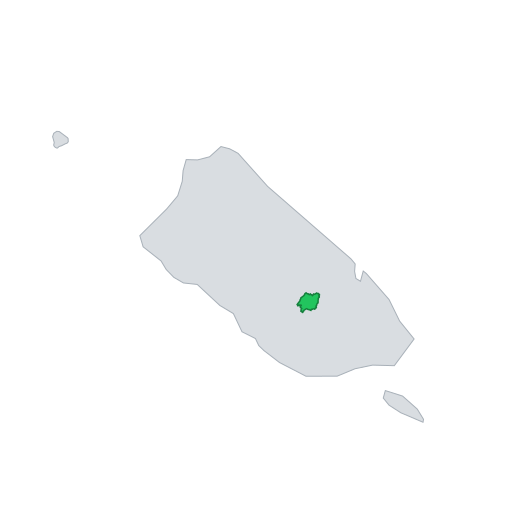 Comerío, Puerto Rico (highlighted), rotated 39°
{"feature_id": "32010507B91105509770544", "entity_name": "Comerío", "entity_type": "district", "adm_level": 2, "iso_a3": "PRI", "parent_name": "Puerto Rico", "parent_adm1": "", "projection": "equal_earth", "projection_center": [-66.218, 18.225], "detail": "fine", "context": "in_parent", "style": "filled", "palette": "green", "viewbox_px": 512, "rotation_deg": 39, "n_neighbors": 0, "source": "geoboundaries", "source_scale": "gbopen_adm2", "svg_char_len": 2627}
<svg xmlns="http://www.w3.org/2000/svg" viewBox="0 0 512 512"><g transform="rotate(39 256 256)"><path d="M342.3,205.9L347.8,210.6L353.1,209.9L348.8,200.2L352.8,200.2L386.8,206.1L408.6,216.2L431.1,221.0L432.5,254.2L415.3,267.4L403.9,281.3L394.7,298.3L370.5,318.0L341.3,324.0L321.8,324.5L314.6,323.9L307.5,320.5L292.8,323.7L274.7,315.0L259.1,317.2L228.2,315.1L216.6,322.6L205.6,324.3L194.7,323.0L185.4,319.6L162.5,319.9L152.9,313.3L157.0,275.6L157.3,258.5L151.7,244.4L145.6,235.5L141.1,225.0L150.1,218.1L157.5,208.1L159.9,193.0L168.0,189.3L177.5,187.5L221.2,194.6L331.8,198.5L338.1,199.8L342.3,205.9ZM467.2,286.7L453.3,288.2L444.3,286.3L441.2,279.2L458.1,272.6L477.7,273.5L489.0,277.5L490.4,280.1L467.2,286.7ZM33.0,297.6L31.4,297.9L29.7,297.6L28.9,297.0L27.8,294.8L22.8,291.2L21.6,287.9L22.7,284.5L24.8,283.1L35.1,282.7L36.1,283.0L38.2,285.4L38.2,287.1L37.2,288.8L35.4,292.9L34.6,294.0L34.0,295.1L33.8,297.0L33.0,297.6Z" fill="#d9dde1" stroke="#a8b0b8" stroke-width="1"/><path d="M335.3,258.5L335.3,258.0L334.8,257.6L334.1,257.2L334.3,256.4L334.0,256.0L333.7,255.4L333.6,255.2L333.5,254.1L333.6,253.9L333.7,253.3L333.2,253.0L333.0,252.4L332.7,252.2L332.5,251.8L332.1,251.4L331.5,250.2L331.4,250.0L331.1,249.9L331.0,249.4L330.9,248.7L331.1,248.4L331.0,248.0L330.6,247.6L330.0,247.6L329.7,247.2L329.9,246.5L329.5,246.0L328.8,246.2L328.7,246.0L328.1,245.9L327.9,246.3L327.5,246.3L326.8,246.6L326.4,246.6L326.3,246.9L326.3,247.3L326.0,247.7L325.9,248.0L325.9,248.5L325.7,248.8L325.4,248.9L325.0,249.3L324.7,249.3L324.7,250.3L324.9,250.5L324.9,251.2L324.8,251.4L324.6,251.4L324.0,251.1L323.7,251.1L323.1,251.4L322.3,251.2L322.2,252.0L321.8,252.5L321.3,252.7L321.1,252.6L320.9,252.3L320.6,252.4L320.1,252.9L319.7,252.9L318.8,253.2L318.1,253.1L318.0,253.5L317.7,254.4L318.1,255.5L318.0,255.9L318.2,256.4L317.9,257.7L317.4,259.6L317.2,260.1L317.4,260.5L317.8,261.6L317.8,262.1L318.1,262.7L318.4,262.9L318.4,265.1L318.5,267.8L319.0,267.9L319.7,268.4L320.0,268.1L320.0,267.3L320.2,267.2L320.6,267.3L320.8,266.6L321.2,266.3L321.6,266.3L321.6,266.1L322.0,265.8L322.4,266.1L321.9,266.6L321.9,267.0L322.6,267.9L324.4,268.0L324.3,268.3L324.5,268.8L325.5,270.4L325.7,270.0L326.5,270.4L326.9,270.4L327.2,270.5L327.4,270.7L327.8,270.5L327.8,270.1L327.7,270.0L327.5,269.6L327.7,268.5L327.4,268.2L327.5,267.7L328.2,265.8L328.2,265.7L328.6,265.0L328.8,265.0L329.8,264.9L330.4,264.7L331.0,264.2L331.5,264.0L332.4,264.0L332.9,263.7L332.5,263.2L332.6,262.5L333.2,262.2L333.5,261.7L333.5,261.4L334.2,260.6L334.4,260.5L335.1,260.4L335.2,260.0L334.9,259.1L334.9,258.9L335.0,258.5L335.3,258.5Z" fill="#22c55e" stroke="#15803d" stroke-width="1.5"/></g></svg>